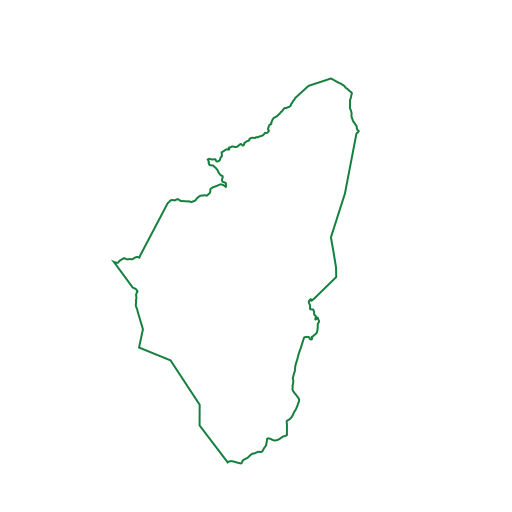 Guayape, Olancho, Honduras (Robinson projection), rotated 211°
{"feature_id": "27666195B80607738611126", "entity_name": "Guayape", "entity_type": "district", "adm_level": 2, "iso_a3": "HND", "parent_name": "Honduras", "parent_adm1": "Olancho", "projection": "robinson", "projection_center": [-86.826, 14.788], "detail": "fine", "context": "isolated", "style": "outline", "palette": "green", "viewbox_px": 512, "rotation_deg": 211, "n_neighbors": 0, "source": "geoboundaries", "source_scale": "gbopen_adm2", "svg_char_len": 6110}
<svg xmlns="http://www.w3.org/2000/svg" viewBox="0 0 512 512"><g transform="rotate(211 256 256)"><path d="M283.1,446.8L298.6,428.9L303.8,411.5L303.7,410.0L304.0,408.0L303.9,406.4L304.1,404.9L304.1,404.2L303.8,403.2L303.8,402.5L304.1,401.7L304.3,401.0L305.3,399.9L306.2,398.5L306.7,398.0L307.3,397.8L307.7,397.3L308.0,396.6L308.1,395.7L308.2,393.8L308.8,392.1L309.0,390.2L309.4,389.1L309.9,386.8L310.6,385.6L311.7,383.9L312.0,382.9L312.1,381.6L311.9,380.3L311.7,379.2L311.6,378.3L311.5,377.7L311.0,377.4L310.9,377.0L311.1,376.6L311.9,375.5L312.0,375.0L311.9,374.2L311.4,372.0L311.0,371.0L310.7,370.6L309.9,370.3L309.5,370.0L309.4,369.8L309.4,369.3L309.4,368.8L309.9,367.4L310.2,367.0L311.1,366.5L311.7,366.0L311.8,365.7L311.7,365.2L311.9,364.4L312.2,363.3L312.4,362.8L312.9,362.1L313.6,361.2L314.6,360.3L315.6,358.6L315.8,358.5L316.2,358.5L316.5,358.3L317.2,357.7L317.4,357.0L317.6,356.7L318.5,356.2L320.0,355.5L320.7,355.0L321.2,354.4L321.6,353.5L321.9,352.8L321.8,352.6L321.6,352.3L321.4,351.9L321.5,351.4L321.8,350.9L322.7,350.0L323.6,348.2L324.1,347.0L324.2,346.6L324.1,346.3L323.6,345.4L323.8,344.6L324.0,344.1L324.2,343.9L324.4,343.8L326.3,344.3L326.7,344.2L327.3,343.2L327.6,342.3L328.1,340.7L328.3,340.2L328.6,339.8L329.3,339.1L330.0,338.7L331.0,338.3L332.1,338.0L332.8,337.7L333.0,337.5L333.8,336.0L334.6,335.4L335.0,335.0L335.0,334.8L335.0,334.6L333.9,333.7L333.9,333.4L334.3,333.0L336.0,332.4L336.4,332.1L336.8,331.4L337.5,329.7L338.8,327.2L338.6,326.7L337.5,325.4L336.8,324.4L336.8,323.7L336.9,322.5L337.0,321.6L336.9,321.2L336.6,320.5L336.4,319.9L336.7,318.6L337.0,317.9L337.8,317.1L338.3,316.9L338.6,316.8L339.0,316.9L339.5,317.1L340.3,317.8L340.6,317.9L340.9,317.9L341.9,317.2L342.8,316.4L344.4,315.7L345.2,315.5L345.7,315.4L346.0,315.3L346.3,315.1L347.0,313.9L345.3,312.8L344.7,312.2L344.6,311.9L344.6,311.4L344.3,311.2L343.4,310.5L342.8,310.1L342.4,310.1L339.8,311.3L339.3,311.4L338.8,311.3L337.1,310.9L336.0,310.8L334.0,310.1L333.1,309.7L332.1,309.1L331.0,308.2L329.0,307.4L328.2,307.2L327.3,307.1L326.2,307.3L325.8,307.2L325.4,306.8L325.1,306.4L324.4,303.7L323.8,303.1L323.1,302.5L322.7,302.4L322.2,302.5L320.2,303.0L319.8,303.0L319.5,302.9L319.0,302.5L318.3,301.2L317.6,300.4L317.5,300.1L317.5,299.9L317.5,299.7L319.3,299.9L320.7,299.9L322.8,299.4L323.2,299.2L323.6,298.8L324.1,298.3L325.4,296.3L327.1,294.1L327.8,293.2L328.4,292.6L329.5,290.0L329.3,289.4L328.3,287.5L328.1,286.7L328.1,286.1L328.4,284.9L329.2,282.5L329.4,282.3L331.2,281.7L332.2,280.8L333.2,280.2L333.9,279.7L334.4,279.2L335.1,278.3L335.6,277.4L336.3,275.1L336.5,274.0L336.5,272.9L336.7,272.1L339.1,269.0L339.3,268.9L339.6,268.8L340.7,268.6L341.5,268.4L343.9,266.9L345.3,266.3L346.8,265.5L347.6,265.0L348.6,264.5L349.2,264.4L351.1,264.5L352.4,264.4L352.9,264.0L354.0,262.2L354.4,261.7L354.8,261.5L355.2,261.5L355.7,261.3L356.8,260.7L357.4,260.3L358.0,259.3L358.1,258.7L358.3,257.6L358.9,255.9L355.6,198.2L355.6,197.5L355.2,194.5L356.9,194.2L357.3,194.0L357.8,193.6L358.9,192.3L360.0,190.1L360.5,189.5L360.9,189.1L362.7,188.3L364.8,186.7L366.6,186.4L367.5,186.4L367.9,186.3L368.3,185.6L370.3,182.1L370.6,180.9L370.8,179.4L370.9,179.1L371.3,178.8L371.9,178.5L373.9,177.8L374.7,177.7L345.3,165.4L343.9,165.7L341.5,165.7L340.5,165.3L339.3,164.5L339.5,164.0L339.1,162.0L338.9,161.2L338.1,160.0L336.9,158.6L336.2,156.6L335.8,155.8L335.0,154.7L334.1,152.7L333.5,151.6L332.2,150.4L330.5,149.3L328.8,147.4L315.2,135.0L309.1,117.3L275.5,122.5L227.7,99.5L217.1,81.7L173.9,64.5L173.7,65.2L173.1,66.2L171.6,67.4L169.2,68.4L168.0,68.6L164.5,69.6L162.4,70.3L161.8,70.6L161.7,71.1L162.0,73.4L161.8,74.6L160.0,77.5L159.3,78.7L158.9,79.9L158.5,81.6L157.5,84.4L157.2,84.8L155.5,86.1L155.0,86.8L154.5,87.8L153.4,89.1L152.7,89.7L151.5,90.2L150.7,90.7L150.3,91.1L150.1,91.6L150.0,92.2L150.1,96.1L149.8,99.0L150.3,100.0L150.9,101.8L152.2,104.9L152.3,105.2L152.2,105.4L151.9,105.7L151.6,106.0L150.0,106.6L149.1,106.8L147.7,106.8L146.0,107.1L145.0,107.4L144.0,108.2L143.1,109.1L142.4,109.9L141.5,111.5L140.0,114.9L137.6,117.7L137.4,118.0L137.3,118.4L137.5,118.9L138.7,120.8L142.3,126.9L144.0,129.2L144.6,130.4L144.5,130.8L143.3,133.0L142.6,135.3L142.5,136.4L142.5,138.3L142.9,141.5L142.9,142.7L142.8,144.2L142.9,145.6L143.1,146.9L143.5,149.6L144.0,151.2L144.1,152.9L144.5,154.2L145.1,155.2L146.0,155.9L149.9,157.5L152.8,158.5L154.8,159.5L155.9,160.3L157.1,162.6L158.0,163.9L158.3,165.3L159.5,167.9L160.5,169.2L161.4,169.9L161.5,170.2L162.6,173.8L163.4,177.2L164.8,180.3L165.4,181.3L166.5,184.8L167.4,188.8L168.7,193.0L169.3,195.4L169.7,197.3L169.8,198.3L172.7,210.4L172.6,211.2L172.3,211.6L170.2,213.2L169.7,213.4L169.2,213.6L168.8,213.6L167.1,212.7L166.4,212.6L166.0,212.7L165.8,212.8L165.5,213.1L165.3,213.5L165.3,213.9L165.4,214.2L166.4,214.9L166.5,215.1L166.6,215.3L166.4,215.7L166.1,216.0L165.8,216.4L165.7,217.0L165.6,217.6L165.3,218.3L164.6,220.0L164.5,221.1L164.4,221.9L164.9,223.5L166.2,226.4L166.5,226.9L167.1,227.8L168.0,229.5L168.2,230.3L168.0,231.2L168.1,232.0L168.3,232.5L168.6,232.8L169.9,233.7L170.9,234.6L171.4,234.9L171.6,234.8L171.9,233.9L171.9,233.0L172.1,232.5L172.3,232.2L172.6,232.3L172.7,232.5L173.3,234.6L173.5,235.0L174.1,235.4L174.7,235.5L175.3,235.6L175.7,235.7L176.4,236.5L177.4,238.0L178.5,238.9L179.0,239.3L179.4,239.4L179.9,239.4L181.7,238.4L182.0,238.4L182.4,238.5L182.9,239.0L183.3,240.0L184.2,241.5L186.8,243.4L187.1,243.9L187.3,244.4L187.3,246.0L186.8,247.1L186.5,247.0L186.2,246.4L185.8,246.1L185.3,246.4L184.9,247.6L184.5,248.5L184.1,249.8L176.4,279.3L181.5,287.4L191.5,299.2L201.4,310.6L211.9,355.2L232.7,412.0L232.9,412.6L232.9,412.9L232.9,413.3L232.3,414.5L232.2,415.5L232.3,416.0L232.6,416.1L234.0,416.3L235.3,417.3L235.7,417.8L236.1,418.5L236.5,419.0L237.9,419.7L238.8,420.0L239.4,420.4L241.8,421.4L242.7,421.9L243.2,422.4L245.5,424.3L246.3,425.2L246.6,425.6L246.9,426.4L247.3,427.1L247.7,427.8L249.6,429.6L251.7,431.2L254.1,435.5L255.6,437.9L255.9,438.7L256.0,439.9L257.3,443.6L257.6,444.9L258.7,445.4L261.8,445.8L263.1,446.2L265.7,446.4L267.9,447.2L268.7,447.4L270.6,447.3L271.7,447.5L272.6,447.3L275.8,447.0L281.0,446.9L282.6,446.7L283.1,446.8Z" fill="none" stroke="#15803d" stroke-width="2"/></g></svg>